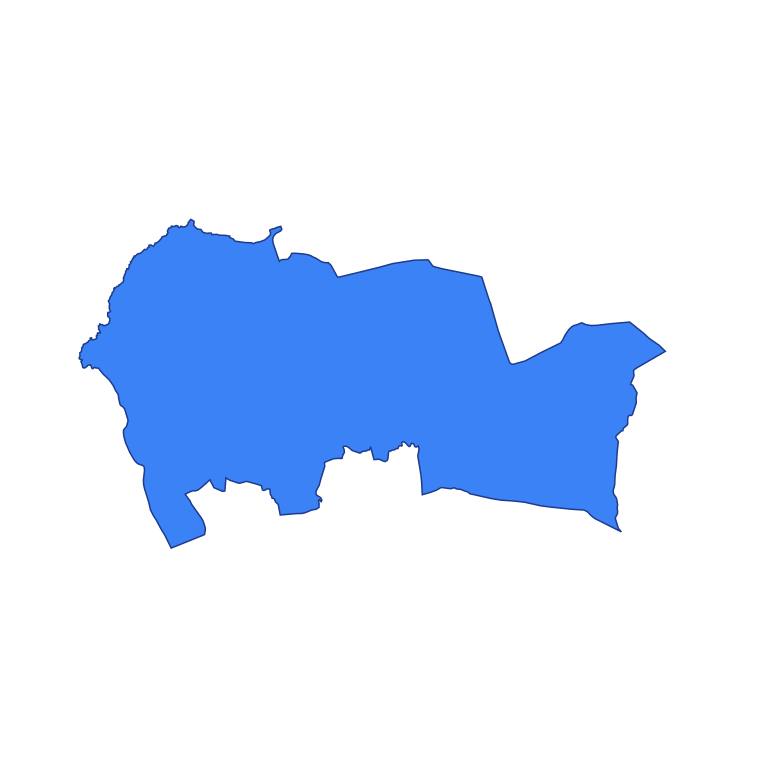 outline of Thuan Nam, Ninh Thuận, Vietnam, rotated 158°
{"feature_id": "81297802B94482771357603", "entity_name": "Thuan Nam", "entity_type": "district", "adm_level": 2, "iso_a3": "VNM", "parent_name": "Vietnam", "parent_adm1": "Ninh Thuận", "projection": "albers", "projection_center": [108.912, 11.451], "detail": "fine", "context": "isolated", "style": "filled", "palette": "blue", "viewbox_px": 768, "rotation_deg": 158, "n_neighbors": 0, "source": "geoboundaries", "source_scale": "gbopen_adm2", "svg_char_len": 6171}
<svg xmlns="http://www.w3.org/2000/svg" viewBox="0 0 768 768"><g transform="rotate(158 384 384)"><path d="M219.3,158.0L220.8,162.3L219.9,172.5L218.7,174.2L216.2,176.2L215.3,177.9L214.3,181.6L212.6,184.6L211.4,189.9L211.4,192.4L212.3,195.5L211.9,198.1L211.1,199.9L208.9,202.6L207.6,204.7L204.3,212.0L199.1,221.3L193.4,233.4L188.3,242.9L189.1,247.3L188.7,248.4L187.9,249.1L181.7,251.5L180.1,251.2L178.7,253.2L173.8,254.9L173.1,255.5L171.4,259.8L169.7,262.5L169.1,262.8L168.0,262.9L166.3,262.1L165.0,262.7L157.2,271.9L155.3,277.1L153.0,280.4L152.7,281.2L153.9,289.8L155.5,291.2L154.2,292.9L150.0,296.9L149.0,298.3L147.7,302.9L145.4,303.9L140.5,304.7L110.9,308.9L114.2,316.5L121.0,326.9L124.3,333.8L133.0,349.4L151.2,355.0L164.5,358.6L170.2,360.7L174.6,363.4L177.5,366.5L179.4,366.8L182.7,366.6L186.0,367.1L188.5,366.7L192.2,365.2L197.7,361.6L201.5,358.1L204.9,355.9L225.8,354.4L244.5,352.5L256.3,353.8L257.5,354.2L258.7,355.1L259.5,357.2L258.1,390.9L255.0,418.8L255.1,421.7L253.3,446.5L255.8,448.5L287.1,469.2L293.2,473.7L294.3,474.7L295.0,476.4L296.4,482.3L297.0,482.8L309.8,487.5L330.9,492.4L345.5,494.1L382.7,499.5L386.4,500.2L386.9,500.6L387.2,501.6L388.6,513.7L390.1,517.3L393.6,518.8L396.2,520.8L400.5,526.8L401.6,527.6L403.8,530.4L406.0,532.3L410.2,534.9L417.2,538.4L420.6,539.7L422.6,537.8L426.4,535.7L432.3,537.6L434.1,537.5L435.1,537.0L434.1,555.7L433.1,559.8L431.8,561.5L430.3,562.9L427.7,564.1L422.5,564.6L421.1,565.4L420.7,566.0L420.7,568.9L426.2,569.4L427.2,569.0L428.7,569.5L431.9,569.7L432.6,568.8L432.6,566.3L433.4,565.2L434.8,564.2L440.5,562.2L445.5,562.4L449.9,563.2L452.8,563.1L453.2,563.9L454.3,564.7L460.6,567.6L468.5,572.2L468.9,572.5L469.2,574.6L472.1,577.5L472.2,578.0L471.6,578.9L475.5,581.3L481.2,583.8L482.7,585.3L487.5,587.0L487.6,588.6L489.7,589.5L492.2,590.2L495.2,592.7L495.8,595.8L499.0,597.7L500.7,601.0L500.8,603.1L499.5,605.1L499.2,606.0L501.3,608.9L501.6,608.6L502.5,608.6L504.1,607.4L504.9,607.3L505.1,606.4L506.8,605.0L509.2,604.3L511.5,604.8L512.9,606.3L513.5,606.3L514.0,605.5L515.5,605.9L516.1,606.6L515.9,607.6L516.4,607.7L516.8,608.5L517.7,608.8L520.2,608.7L520.8,609.4L521.5,609.3L522.0,610.0L523.0,609.1L524.6,608.7L525.1,609.1L525.4,609.0L525.5,608.6L526.0,608.4L527.6,606.8L527.6,605.3L527.9,604.7L529.3,604.2L530.1,603.1L534.2,603.6L534.9,603.4L536.0,602.3L539.7,600.5L542.2,600.0L543.2,600.4L543.7,600.1L545.6,598.2L546.6,598.3L547.8,600.1L549.4,600.7L550.2,600.4L550.6,598.9L551.8,599.0L553.6,597.7L554.4,597.8L555.6,598.5L560.2,596.5L563.9,596.9L566.9,595.6L567.2,596.2L567.6,596.2L567.9,595.4L568.9,595.4L569.3,594.4L570.1,594.3L572.3,592.2L573.2,592.3L573.2,591.6L573.9,590.6L575.7,590.0L576.2,588.4L578.1,586.3L578.8,587.1L579.4,587.2L579.9,586.2L581.4,585.1L582.7,582.8L583.6,582.6L584.3,581.4L586.0,579.9L586.4,577.9L587.3,576.6L591.1,575.2L593.0,575.0L593.0,574.5L593.7,574.2L595.3,574.5L597.2,573.6L597.7,574.2L598.1,574.1L598.9,573.4L599.6,571.5L601.7,570.6L602.9,568.8L605.4,567.1L607.0,565.1L608.5,564.2L608.4,560.8L609.3,559.6L610.5,556.8L610.4,553.8L611.6,553.4L613.0,553.8L613.5,553.5L614.8,550.3L614.0,549.1L613.8,546.9L614.0,546.3L616.5,543.2L618.1,542.7L619.4,542.8L620.8,542.5L621.5,543.2L622.3,543.2L622.7,544.4L624.7,545.4L624.9,546.2L625.1,546.2L626.2,544.8L627.1,544.7L627.6,542.6L628.2,541.6L627.8,540.7L627.7,537.8L628.9,537.8L629.2,538.3L630.3,538.6L631.1,537.9L631.5,536.4L632.2,536.6L632.8,536.3L633.0,534.4L633.8,533.8L637.3,533.8L638.1,534.6L637.9,536.4L639.1,536.7L639.4,536.5L639.3,535.2L640.4,534.7L641.7,534.7L642.6,533.7L644.4,533.7L645.1,533.2L646.6,533.2L647.0,533.5L647.7,533.3L648.3,532.9L648.9,531.6L650.6,530.9L651.0,529.7L652.7,527.3L654.3,526.9L655.5,523.7L657.0,522.3L656.9,521.2L654.7,519.5L655.0,518.8L655.3,518.7L655.8,519.2L656.6,518.3L656.5,515.6L657.1,512.1L656.1,511.2L655.3,511.0L653.0,511.5L651.6,512.2L648.9,511.7L648.8,507.7L647.9,507.2L647.1,507.8L645.8,507.8L645.0,506.6L643.4,506.1L642.8,505.3L640.7,498.4L637.5,491.5L636.5,487.9L635.6,483.8L635.3,478.1L634.5,474.7L634.5,473.2L635.4,470.1L636.4,463.9L635.9,462.3L634.8,461.0L633.8,458.1L634.9,446.1L638.5,441.2L642.8,438.9L644.2,435.4L645.0,431.8L645.6,426.2L645.3,415.6L643.9,406.3L642.4,402.8L641.3,401.5L638.3,398.9L637.4,397.1L638.4,393.6L643.1,385.0L644.6,380.6L645.3,376.2L646.4,362.6L647.7,354.7L647.1,348.2L646.2,343.6L644.8,331.1L643.9,326.7L642.8,311.6L606.8,311.6L604.4,315.5L603.7,317.2L603.2,321.5L603.1,325.3L603.6,328.6L607.4,344.3L607.7,348.8L608.7,352.1L609.6,356.4L604.1,356.7L601.1,356.6L598.9,355.5L596.0,355.4L591.1,356.8L581.3,360.4L580.5,351.6L574.0,345.0L571.6,344.4L565.7,356.3L564.8,354.8L562.9,352.4L555.8,346.4L554.6,346.0L547.9,345.2L539.8,339.1L535.7,335.5L536.4,331.5L536.1,330.9L535.2,330.3L533.2,330.2L531.9,330.7L529.2,329.2L530.7,324.6L530.3,321.8L530.6,320.1L528.6,318.5L528.8,315.4L527.2,311.9L529.3,301.4L514.5,296.9L508.2,294.6L505.3,294.2L498.3,294.2L493.7,293.3L490.5,293.9L488.9,297.6L488.7,299.3L488.3,300.5L487.5,300.9L487.1,300.8L486.7,298.8L486.3,298.4L485.2,299.5L485.1,300.3L485.4,302.5L488.0,306.1L488.2,307.2L487.7,309.0L486.7,310.5L482.1,314.3L478.2,319.5L469.7,329.9L468.9,333.0L468.4,333.5L466.9,333.7L458.8,333.6L453.4,331.9L451.9,331.0L450.6,330.8L449.4,332.8L446.2,335.6L445.5,338.5L445.6,340.5L445.3,341.0L444.6,341.3L442.6,340.6L440.8,338.9L438.5,334.4L432.5,329.1L431.3,328.9L429.1,329.6L425.5,328.5L423.7,328.9L422.4,328.3L420.1,330.2L421.6,317.6L418.1,316.6L416.4,315.8L413.0,312.3L411.8,311.6L409.9,311.9L408.5,313.0L405.1,319.4L404.0,319.8L402.8,319.3L401.1,319.6L399.1,319.0L397.0,319.6L395.7,319.0L395.0,319.1L393.7,320.8L392.6,320.9L390.6,319.9L390.2,320.2L389.7,322.6L389.3,323.2L388.0,323.4L386.3,321.9L384.4,316.9L383.9,316.5L383.1,316.6L380.8,318.6L379.7,318.1L378.7,316.6L379.0,314.7L378.7,314.2L377.8,313.5L376.9,313.4L375.5,313.8L375.6,311.6L376.3,309.8L379.6,304.7L383.9,285.6L386.0,278.5L390.0,267.0L382.6,266.2L375.5,265.9L369.7,266.6L361.4,261.9L357.7,261.5L356.3,259.7L352.0,257.3L350.1,255.3L347.3,252.9L346.1,251.7L345.8,250.3L327.3,237.5L318.7,232.3L308.5,227.4L298.2,221.9L283.9,212.1L274.9,207.1L257.4,197.8L245.8,192.2L243.3,189.4L241.4,184.7L239.1,180.5L219.3,158.0Z" fill="#3b82f6" stroke="#1e3a8a" stroke-width="1.5"/></g></svg>